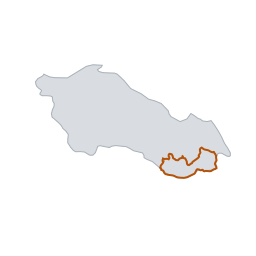 Albania, with Kukës highlighted, rotated 118°
{"feature_id": "ALB-1502", "entity_name": "Kukës", "entity_type": "County", "adm_level": 1, "iso_a3": "ALB", "parent_name": "Albania", "parent_adm1": "", "projection": "mercator", "projection_center": [20.174, 42.189], "detail": "fine", "context": "in_parent", "style": "outline", "palette": "amber", "viewbox_px": 256, "rotation_deg": 118, "n_neighbors": 0, "source": "natural_earth", "source_scale": "10m", "svg_char_len": 3421}
<svg xmlns="http://www.w3.org/2000/svg" viewBox="0 0 256 256"><g transform="rotate(118 128 128)"><path d="M85.7,79.3L85.9,75.8L86.7,70.3L86.2,68.5L86.7,65.3L85.1,61.1L82.5,58.1L85.0,52.7L88.7,46.2L92.1,41.0L96.2,35.6L99.0,30.4L101.9,26.0L104.5,24.6L105.8,25.6L106.4,27.5L106.3,33.3L107.1,35.3L108.9,36.7L112.6,36.0L116.7,34.6L122.3,31.5L123.2,31.7L125.3,33.3L129.6,40.3L132.4,46.4L138.0,48.5L141.1,50.9L145.1,54.5L147.1,58.2L149.8,69.3L150.1,75.9L149.3,79.0L148.6,79.8L146.2,90.7L146.8,96.2L146.7,99.8L144.6,101.2L143.2,103.5L145.5,112.5L145.2,116.4L145.3,120.8L149.4,130.8L151.8,133.9L154.0,135.3L156.8,144.5L158.4,146.1L165.1,145.2L168.4,146.2L169.7,148.4L170.0,149.9L169.6,155.0L171.2,159.0L173.5,163.0L173.5,165.5L172.0,169.5L169.3,174.3L165.7,176.1L161.8,177.6L159.9,181.3L159.0,185.2L157.2,188.0L156.1,191.2L154.5,197.6L154.1,200.0L151.4,202.3L147.3,203.3L143.6,203.5L141.1,204.6L139.8,206.8L137.5,208.5L136.1,209.3L136.1,211.3L137.8,215.3L139.7,218.7L139.8,221.3L138.8,222.0L135.8,221.7L135.2,222.7L134.8,225.6L134.0,228.2L132.8,229.7L130.6,231.4L126.7,230.8L123.0,228.3L121.1,227.5L120.0,227.6L119.7,221.4L118.1,216.6L112.2,205.0L93.1,193.7L88.6,188.6L86.6,184.3L84.7,180.2L86.6,180.1L88.4,181.1L90.8,182.4L91.8,180.3L90.8,175.9L85.8,165.5L85.5,162.7L87.9,154.0L91.9,144.2L91.6,132.3L92.9,123.3L91.5,117.4L90.8,110.2L93.8,100.7L96.3,98.3L97.8,95.2L97.9,85.0L92.3,80.2L85.7,79.3Z" fill="#d9dde1" stroke="#a8b0b8" stroke-width="1"/><path d="M149.4,79.0L148.1,79.8L148.0,81.0L147.5,81.0L146.6,81.2L145.8,81.4L142.6,80.8L141.5,80.9L140.9,81.0L141.1,81.4L141.2,81.6L141.0,81.9L140.5,82.2L139.8,82.5L138.5,82.7L138.6,82.2L138.2,81.2L136.8,79.0L136.5,77.6L136.5,77.4L135.5,77.3L134.7,77.6L134.4,78.0L134.1,78.5L133.7,78.9L133.1,79.3L132.2,79.5L131.6,79.4L131.2,79.1L131.1,78.7L131.0,78.4L131.1,78.2L131.1,77.9L131.0,77.7L130.7,77.2L131.3,76.0L131.5,75.7L131.8,75.5L132.0,75.4L132.1,75.2L132.3,74.9L133.3,74.1L133.5,73.9L133.5,73.5L133.5,72.8L133.5,72.3L133.5,71.8L133.7,71.5L133.8,71.1L133.8,70.7L133.3,69.4L133.1,68.9L132.5,68.5L131.0,68.2L129.7,67.1L129.3,66.4L129.0,66.1L128.7,66.2L128.3,66.4L127.9,66.5L127.3,66.6L127.3,66.4L128.1,65.4L128.4,64.4L128.3,64.0L128.0,63.4L128.2,62.9L129.6,60.9L129.9,60.5L130.4,60.1L131.1,59.7L132.0,58.9L132.5,57.9L132.1,56.7L130.6,56.0L130.1,55.9L129.9,55.6L129.6,55.3L129.3,55.1L129.0,55.0L127.7,55.1L121.8,52.2L121.1,52.0L119.9,51.8L119.0,52.7L116.0,52.5L115.6,52.6L115.3,52.9L114.5,53.7L114.2,53.9L113.9,54.0L113.7,54.0L113.4,54.2L113.1,54.5L111.8,54.4L111.1,54.0L110.7,53.7L110.8,53.0L110.9,52.4L111.0,52.1L111.0,51.8L111.0,51.6L111.1,51.4L111.1,50.8L110.9,49.8L110.2,47.4L110.0,46.3L110.0,45.5L110.1,44.9L110.0,43.2L109.9,42.6L109.8,42.1L108.9,41.1L108.9,40.9L108.9,40.7L109.4,40.2L109.6,39.9L109.8,39.2L110.0,38.9L110.1,38.7L110.3,38.5L110.5,38.2L111.0,37.3L111.3,37.2L113.3,36.0L113.8,35.5L115.1,34.6L117.6,34.7L119.0,34.3L120.8,31.8L121.9,31.0L123.3,31.8L124.3,32.9L126.9,34.4L127.8,35.5L129.3,39.1L129.6,39.5L130.3,40.1L130.5,40.7L130.5,41.3L130.0,42.1L129.9,42.5L130.2,43.0L131.0,43.7L131.3,44.1L131.4,44.7L131.3,45.6L131.4,46.1L131.8,47.3L132.3,47.7L132.9,47.8L136.4,47.7L137.2,47.9L143.7,52.6L144.5,53.6L144.9,54.0L145.9,55.4L147.9,59.7L148.5,61.5L148.6,62.8L148.6,65.0L148.9,66.3L150.5,70.6L150.8,72.0L151.0,72.9L151.0,73.8L150.5,75.1L150.1,75.6L149.7,75.9L149.4,76.3L149.1,77.2L149.1,77.7L149.4,78.5L149.4,79.0Z" fill="none" stroke="#b45309" stroke-width="2"/></g></svg>